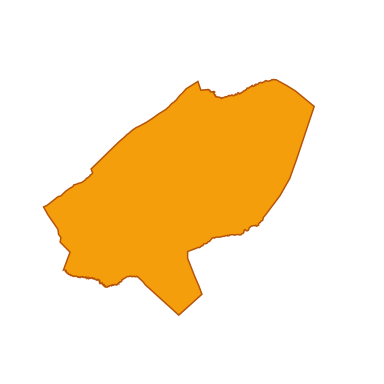 Zu'ungovi, Uvs, Mongolia (Natural Earth projection), rotated 140°
{"feature_id": "93677404B72222343372213", "entity_name": "Zu'ungovi", "entity_type": "district", "adm_level": 2, "iso_a3": "MNG", "parent_name": "Mongolia", "parent_adm1": "Uvs", "projection": "natural_earth1", "projection_center": [94.109, 50.114], "detail": "fine", "context": "isolated", "style": "filled", "palette": "amber", "viewbox_px": 384, "rotation_deg": 140, "n_neighbors": 0, "source": "geoboundaries", "source_scale": "gbopen_adm2", "svg_char_len": 5955}
<svg xmlns="http://www.w3.org/2000/svg" viewBox="0 0 384 384"><g transform="rotate(140 192 192)"><path d="M340.6,214.9L339.8,214.6L339.1,213.3L339.2,212.4L339.8,212.8L340.1,212.5L339.8,211.3L340.0,210.7L339.6,210.2L339.6,209.5L339.1,209.2L339.2,208.9L339.2,208.4L339.5,208.3L339.3,207.9L338.8,207.1L338.2,206.8L338.2,206.3L338.6,206.3L338.6,206.1L338.4,205.7L337.6,205.2L337.6,204.6L337.3,204.5L337.1,204.1L337.1,203.7L336.8,203.5L336.8,203.3L335.4,202.6L335.3,202.1L334.8,201.8L334.7,201.5L334.4,201.4L334.1,200.8L334.2,200.4L333.9,200.2L334.1,200.0L334.0,199.8L333.6,199.7L333.2,199.3L333.1,199.0L332.6,199.0L332.6,198.5L332.1,198.5L332.1,198.2L331.9,198.2L331.8,198.3L331.2,198.1L330.7,198.0L330.4,197.6L330.5,197.4L330.2,197.2L330.3,196.9L329.9,196.6L330.0,196.3L329.4,196.0L329.0,195.4L328.3,195.3L328.5,195.0L328.1,195.0L327.6,194.6L327.7,194.1L327.9,194.0L327.5,193.6L327.7,193.4L327.3,193.4L327.6,193.2L327.3,193.0L327.2,192.3L326.9,192.3L326.8,192.0L326.5,192.0L326.2,192.1L325.8,192.1L325.6,191.3L325.3,191.2L325.1,191.4L324.7,190.9L324.3,191.0L324.0,190.8L324.0,190.6L323.7,190.3L323.8,189.9L323.7,189.9L323.5,190.1L323.2,190.1L323.2,189.8L323.5,189.8L323.5,189.6L323.3,188.7L322.5,188.5L322.7,188.3L322.5,188.1L322.5,187.8L322.3,187.6L322.3,187.0L321.7,186.7L321.7,186.2L321.3,186.0L321.3,185.8L320.8,185.7L321.2,185.4L320.2,184.9L320.0,184.4L320.1,184.1L319.7,184.1L319.5,183.9L319.7,183.5L319.9,183.7L320.1,183.4L320.1,182.9L320.4,182.7L320.7,182.9L320.8,182.8L320.8,182.1L320.5,181.9L320.5,181.7L321.0,181.5L320.8,181.3L321.2,181.1L321.3,180.9L320.9,180.7L320.7,180.9L320.1,180.4L319.9,180.3L320.1,180.0L319.8,179.8L319.7,179.5L319.3,179.6L319.4,179.3L319.6,179.4L319.9,179.3L319.8,178.9L319.6,178.8L319.7,178.2L319.1,177.7L319.9,177.4L319.6,177.0L319.7,176.6L319.4,176.6L319.6,175.9L319.2,176.0L318.8,175.6L319.0,175.5L318.9,175.3L319.2,174.6L319.0,174.3L318.1,173.8L318.0,173.6L317.3,173.8L316.8,173.6L316.5,173.0L315.9,173.0L315.8,173.3L315.4,173.1L314.7,173.0L314.4,172.7L313.9,172.5L313.9,172.0L313.4,172.2L312.7,172.1L312.9,171.6L312.7,171.3L312.2,171.3L312.0,171.1L311.3,171.2L311.1,171.0L310.8,170.9L310.7,170.5L310.3,170.4L309.8,170.1L309.8,169.9L309.6,169.8L309.7,169.4L308.8,169.3L308.5,169.1L308.4,168.9L307.9,169.1L308.1,169.3L307.0,169.5L306.9,169.2L306.8,169.4L306.5,169.6L306.0,169.3L305.5,169.5L304.8,169.5L304.7,169.2L304.5,169.3L303.9,168.8L303.3,168.8L302.9,169.1L302.8,169.3L302.0,169.8L301.3,169.4L300.4,169.6L299.7,169.5L299.2,169.1L296.3,169.0L295.7,168.7L295.3,168.2L294.5,167.8L294.5,167.6L293.6,167.4L293.4,167.2L292.7,166.6L292.6,166.3L292.7,166.1L292.2,165.5L291.5,165.4L291.1,164.8L290.7,164.6L290.3,164.5L290.1,163.6L289.7,163.3L289.1,163.2L289.0,162.9L288.7,162.9L288.5,162.5L288.2,162.5L287.2,154.8L287.4,150.8L281.3,106.2L250.1,107.3L247.0,116.0L244.4,124.9L238.0,144.0L233.6,149.2L222.9,145.5L222.4,145.2L222.0,144.6L221.4,144.4L220.1,144.7L219.5,144.4L218.9,144.4L218.2,143.9L216.9,144.6L216.3,144.6L215.9,144.5L215.3,143.9L213.4,143.1L212.0,143.5L210.3,142.9L206.2,143.7L205.8,143.7L205.1,143.3L204.5,142.3L204.3,142.2L203.0,142.2L202.6,142.0L201.4,140.9L200.0,140.0L199.1,139.1L197.1,138.4L195.9,137.4L194.2,136.8L193.2,136.0L192.5,136.0L192.5,135.5L192.6,135.2L192.1,135.0L191.6,134.6L190.8,134.9L190.2,134.7L189.2,133.8L187.5,132.6L187.3,132.2L187.4,131.8L187.3,131.6L184.7,130.4L183.6,129.4L183.4,128.8L182.3,127.9L181.7,127.8L180.7,128.0L179.9,127.6L178.6,127.6L176.8,129.0L176.1,129.3L175.5,129.0L175.4,128.6L175.5,127.7L174.8,126.9L174.1,126.6L173.0,126.6L171.2,127.7L170.6,127.8L168.5,127.6L166.8,126.9L165.7,126.0L164.7,125.6L164.6,125.4L164.8,125.2L164.8,124.8L164.6,124.4L164.0,124.1L163.1,124.1L162.4,123.8L162.1,124.0L161.8,124.6L161.5,124.8L159.9,125.0L159.4,124.8L159.0,125.0L157.3,125.2L156.2,124.9L155.8,125.0L153.8,126.6L153.5,126.7L151.3,127.0L127.1,132.6L108.5,139.5L90.9,149.8L43.4,179.0L47.8,202.8L51.0,212.6L55.4,223.9L55.9,224.4L56.4,224.6L56.5,225.0L57.0,225.6L58.3,226.2L58.5,226.7L60.1,226.8L62.8,228.1L63.0,228.3L63.5,229.6L63.8,229.8L64.6,230.1L65.6,229.9L67.2,230.5L68.1,230.5L68.5,231.0L68.8,231.8L70.0,232.3L70.3,232.5L71.6,232.2L72.2,232.3L73.1,232.9L74.2,232.9L74.3,233.1L74.1,233.6L74.3,233.7L74.8,233.5L75.3,233.6L75.9,233.1L76.5,233.2L77.3,233.7L77.3,234.1L77.1,234.7L77.3,235.0L77.8,235.0L78.5,234.6L78.9,234.9L79.6,234.9L80.8,235.4L81.6,235.1L82.5,235.4L82.6,235.8L83.0,236.2L84.5,235.5L85.4,235.9L86.2,235.6L87.7,236.3L88.6,235.9L89.8,236.3L90.5,236.2L91.3,236.6L92.5,236.5L92.7,237.1L92.5,237.9L93.1,238.4L93.4,238.5L94.6,237.9L95.3,237.8L95.7,238.3L95.6,238.8L95.8,239.1L96.9,238.8L98.5,239.0L98.7,240.1L99.1,240.8L99.3,240.9L99.9,240.7L101.1,241.2L101.3,242.0L101.5,242.2L103.6,242.5L104.2,242.4L104.9,243.4L105.3,243.6L106.8,243.8L107.3,244.0L107.6,244.5L108.1,244.7L109.2,244.6L109.5,245.0L109.3,245.6L109.7,246.1L110.3,247.4L111.1,247.8L111.6,248.9L112.4,249.4L112.5,249.7L112.5,250.2L112.1,250.5L111.7,251.1L112.3,251.7L112.2,252.1L111.8,252.7L112.0,253.4L111.2,254.0L110.4,253.9L110.2,254.2L110.3,254.4L110.8,255.1L111.6,255.0L112.0,255.1L112.1,255.9L112.7,256.0L112.9,256.5L113.6,257.1L113.6,257.4L112.9,258.2L113.1,259.1L113.9,259.6L113.8,260.3L114.9,260.6L115.0,261.0L119.8,264.3L116.4,272.9L130.1,274.8L136.7,273.8L138.0,273.9L139.2,273.8L142.3,273.2L144.7,272.6L146.9,272.6L148.4,272.4L150.1,272.8L151.0,272.7L151.6,272.6L153.2,272.5L154.2,272.1L156.5,272.2L158.5,272.0L167.6,273.3L174.7,273.8L182.2,274.7L190.3,276.4L193.6,277.3L198.5,277.7L203.5,277.6L204.8,277.8L206.6,277.6L211.1,277.4L213.9,277.5L215.0,277.3L216.0,277.4L254.5,274.5L255.9,270.5L257.7,270.0L259.2,270.4L260.2,269.8L262.7,270.0L264.0,270.3L266.1,269.8L270.1,270.1L273.9,271.8L276.4,272.5L277.4,273.3L278.2,273.4L279.5,272.8L281.0,272.9L282.5,273.3L288.1,273.8L295.2,273.3L297.2,274.4L298.7,274.6L308.6,274.8L311.9,275.0L315.3,276.0L317.0,267.2L318.7,249.6L321.5,245.2L321.6,241.5L325.2,238.4L324.1,224.3L340.6,214.9Z" fill="#f59e0b" stroke="#b45309" stroke-width="1.5"/></g></svg>